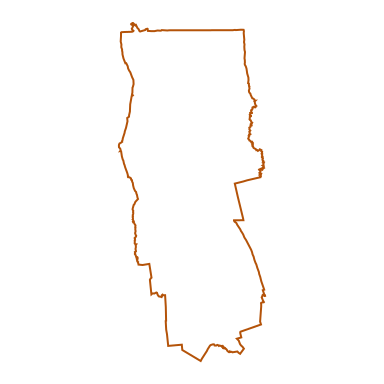 Manastiur, Timis, Romania
{"feature_id": "2599482B61574794273551", "entity_name": "Manastiur", "entity_type": "district", "adm_level": 2, "iso_a3": "ROU", "parent_name": "Romania", "parent_adm1": "Timis", "projection": "mercator", "projection_center": [22.048, 45.863], "detail": "fine", "context": "isolated", "style": "outline", "palette": "amber", "viewbox_px": 384, "rotation_deg": 0, "n_neighbors": 0, "source": "geoboundaries", "source_scale": "gbopen_adm2", "svg_char_len": 6010}
<svg xmlns="http://www.w3.org/2000/svg" viewBox="0 0 384 384"><path d="M240.1,353.8L243.9,348.7L242.6,346.9L240.9,345.3L240.0,344.0L238.8,340.7L236.9,338.7L241.3,337.4L240.3,333.4L240.2,332.2L240.5,331.7L261.0,324.5L260.1,321.6L261.2,306.5L261.2,304.1L261.0,303.2L261.2,302.8L262.0,302.6L262.9,301.9L263.7,302.3L263.9,302.1L262.9,300.4L261.7,297.3L262.1,296.7L262.6,295.1L262.9,295.0L263.7,295.2L264.5,296.0L265.1,295.9L265.0,295.2L263.8,294.2L264.1,294.0L262.8,290.2L264.2,289.7L261.3,281.3L260.2,276.8L259.2,274.0L258.9,272.1L257.3,267.8L256.3,264.4L255.5,262.8L254.4,259.8L253.6,256.6L252.6,254.5L252.0,252.0L251.1,249.7L246.1,240.1L244.4,237.5L243.2,234.5L241.9,232.3L240.9,230.9L240.3,229.4L237.3,224.9L236.3,222.9L234.6,221.7L234.0,220.7L234.0,220.3L243.4,220.2L243.1,218.5L237.8,196.8L234.8,183.6L243.2,181.5L247.2,180.3L260.1,177.3L259.9,177.0L260.0,176.5L260.9,176.1L260.7,175.0L261.2,173.7L260.8,173.6L259.6,174.3L259.7,173.5L259.4,172.8L260.3,172.0L260.5,171.4L260.3,170.8L259.3,170.0L259.1,169.6L260.0,169.2L260.8,169.3L260.8,168.8L261.6,168.7L261.9,169.8L262.2,169.9L262.5,169.6L262.8,168.7L264.0,167.9L263.6,167.4L262.8,167.5L263.8,166.5L263.8,166.2L263.4,166.1L263.3,165.7L262.7,165.4L263.0,165.2L263.3,165.5L263.4,165.2L263.6,163.5L263.1,163.0L263.6,162.8L264.0,162.2L263.0,161.5L263.3,160.8L262.4,159.8L262.9,158.4L262.4,157.9L262.6,157.4L261.9,157.3L261.8,157.0L262.3,156.1L262.0,155.2L262.2,154.8L261.6,153.8L262.2,153.2L261.9,152.5L262.1,151.7L261.2,151.1L261.4,150.1L259.8,149.3L259.1,150.2L257.9,150.9L257.3,150.1L256.3,150.2L255.9,149.2L253.7,148.0L253.3,147.5L253.1,146.3L252.5,146.2L252.3,145.8L252.8,144.5L252.3,144.4L252.1,144.1L252.8,143.8L252.8,143.2L252.8,142.9L252.4,142.8L252.2,141.9L251.9,141.6L251.2,142.0L250.7,141.6L250.1,140.7L249.3,140.4L249.1,139.6L248.2,138.7L248.8,137.1L248.9,136.4L248.7,136.0L249.3,135.7L249.1,134.6L249.8,134.4L249.7,134.2L249.9,134.1L249.7,134.0L249.8,133.1L249.3,131.8L250.3,130.6L249.4,129.5L249.5,128.9L249.3,127.6L250.5,126.8L250.6,126.5L250.5,125.6L251.6,125.4L251.5,125.0L250.9,124.8L250.7,124.1L251.0,123.8L251.7,123.7L252.2,122.6L251.3,122.1L250.8,120.4L249.9,119.9L249.5,119.2L249.8,118.2L249.8,116.9L251.0,116.2L251.0,115.9L250.1,115.7L249.8,115.1L249.7,114.7L250.3,114.0L250.1,112.9L250.7,112.6L251.5,113.2L252.0,113.0L252.0,112.8L251.4,112.2L251.1,110.7L251.1,110.3L251.8,110.1L252.0,109.4L252.6,108.8L252.7,108.4L252.4,107.8L252.5,107.4L253.9,106.7L254.8,107.3L255.4,107.3L255.7,106.9L255.8,106.2L256.3,105.9L255.4,104.8L254.9,103.1L254.8,102.1L254.6,101.5L255.3,100.8L254.4,100.9L254.5,99.8L254.4,99.5L253.1,98.5L252.3,98.3L250.6,94.7L250.4,93.7L249.3,92.5L249.0,91.6L248.9,90.5L249.5,88.6L249.2,86.8L249.4,86.4L249.0,86.0L248.9,84.8L248.9,83.6L248.1,83.2L248.5,80.2L248.4,77.6L247.2,73.5L246.5,68.6L245.8,66.4L244.9,64.8L244.7,63.9L244.9,62.5L244.8,60.0L244.5,58.3L245.0,52.0L244.5,50.0L244.3,46.8L244.5,44.4L244.0,42.1L244.3,39.8L243.7,33.0L243.9,31.4L243.7,30.0L243.6,29.8L241.1,29.7L235.7,30.1L235.0,29.9L232.7,30.2L168.9,30.3L167.5,30.5L161.7,30.1L161.1,30.6L160.3,30.7L157.6,30.5L154.6,31.1L150.8,31.1L147.9,30.9L147.6,28.8L147.4,28.7L145.9,29.1L145.5,29.4L145.3,30.0L140.1,31.5L139.5,31.1L138.5,29.0L137.5,28.1L135.5,24.0L135.5,25.4L133.0,23.0L132.6,23.0L131.3,23.8L131.1,24.1L131.5,24.7L131.8,24.8L132.5,24.1L133.7,25.3L132.8,26.6L132.5,27.6L131.8,28.7L132.1,29.6L133.5,30.8L133.3,31.2L132.3,31.7L131.5,31.8L124.6,32.0L121.5,32.2L121.0,32.6L121.0,36.3L120.7,41.6L121.4,44.4L121.3,47.2L122.1,49.5L122.1,50.9L122.4,52.0L122.5,54.4L123.5,58.5L125.4,63.3L126.2,63.2L127.7,66.2L128.1,68.4L129.1,70.5L130.3,72.3L132.1,77.2L133.4,79.9L133.6,84.1L132.9,86.8L132.5,87.6L132.4,92.6L132.0,94.4L132.9,95.3L132.6,95.6L132.1,95.6L131.7,95.9L130.7,101.6L130.2,104.3L129.9,111.6L129.1,115.1L129.0,116.7L127.2,118.0L127.5,121.3L126.0,127.9L124.8,131.4L124.6,132.8L122.8,138.4L122.5,140.2L122.0,141.1L122.2,141.8L121.0,142.7L119.5,143.5L119.0,144.7L118.9,145.7L119.0,147.3L120.2,148.6L120.5,149.6L120.6,150.6L120.3,151.0L120.8,150.9L121.1,151.2L121.9,156.5L122.8,159.7L123.3,160.4L124.0,163.8L124.5,164.9L125.2,167.4L127.2,172.8L127.8,174.9L127.9,176.2L128.1,176.0L128.9,177.3L130.4,177.8L131.0,178.5L131.2,179.8L132.0,180.2L132.1,181.6L132.8,182.9L133.1,185.4L133.8,188.2L135.1,191.0L136.1,192.0L136.4,193.7L136.9,194.6L137.5,197.6L138.0,199.0L135.4,201.8L134.3,204.4L133.7,204.9L132.7,208.5L132.6,209.6L133.3,210.9L133.0,212.1L133.3,212.9L133.2,213.8L133.0,214.7L132.7,215.1L133.0,216.3L132.6,217.0L133.0,218.0L132.9,219.2L132.7,219.4L133.0,219.7L133.2,220.6L133.8,221.3L133.6,221.6L133.2,221.4L133.0,221.6L133.2,221.8L133.2,222.4L134.0,222.7L134.8,224.4L135.5,225.3L135.3,226.7L135.5,227.3L135.2,227.7L135.4,228.7L135.3,229.7L135.6,231.1L135.1,233.2L135.7,235.0L136.2,235.7L136.0,236.6L134.7,238.0L135.0,238.3L134.9,239.5L135.1,240.0L134.7,240.5L134.8,241.7L134.7,243.4L135.3,244.2L136.3,244.3L135.7,245.3L135.9,247.0L135.5,249.0L136.0,251.3L135.8,251.6L134.9,252.0L135.0,252.6L134.9,253.6L135.2,253.9L135.0,254.4L135.7,255.2L136.1,256.8L137.3,257.1L137.7,258.0L137.6,258.5L136.7,258.6L136.9,259.6L137.4,260.1L137.1,260.8L137.4,261.6L138.1,262.0L138.0,262.8L138.4,263.7L138.5,264.6L142.6,265.0L149.3,263.9L151.5,277.7L150.7,278.4L149.9,279.8L151.4,294.4L152.5,293.4L154.4,293.5L156.3,292.5L157.0,292.8L157.6,294.7L158.6,296.2L159.2,296.6L159.9,296.5L161.6,297.1L162.0,296.3L161.9,295.2L162.6,294.6L162.8,294.8L162.6,295.3L165.1,295.2L165.8,307.0L166.1,320.8L165.7,321.0L166.2,329.7L167.0,334.3L168.2,345.9L181.8,344.7L182.3,350.0L200.7,361.0L201.9,358.7L207.0,350.8L207.6,349.4L210.0,345.6L210.8,345.0L213.1,344.3L213.9,344.3L214.3,344.7L214.6,345.5L216.1,345.6L217.3,344.9L218.0,345.1L218.9,346.0L219.7,345.5L221.2,346.1L221.9,345.9L222.2,346.1L222.1,346.9L222.8,347.1L223.1,346.4L223.6,347.0L223.2,348.2L223.5,348.3L224.3,347.7L225.0,347.9L225.3,348.8L225.9,348.8L226.7,349.6L227.3,350.8L228.7,352.0L229.6,351.4L229.8,352.1L231.7,351.8L232.4,352.3L237.4,351.5L238.6,352.8L240.1,353.8Z" fill="none" stroke="#b45309" stroke-width="2"/></svg>